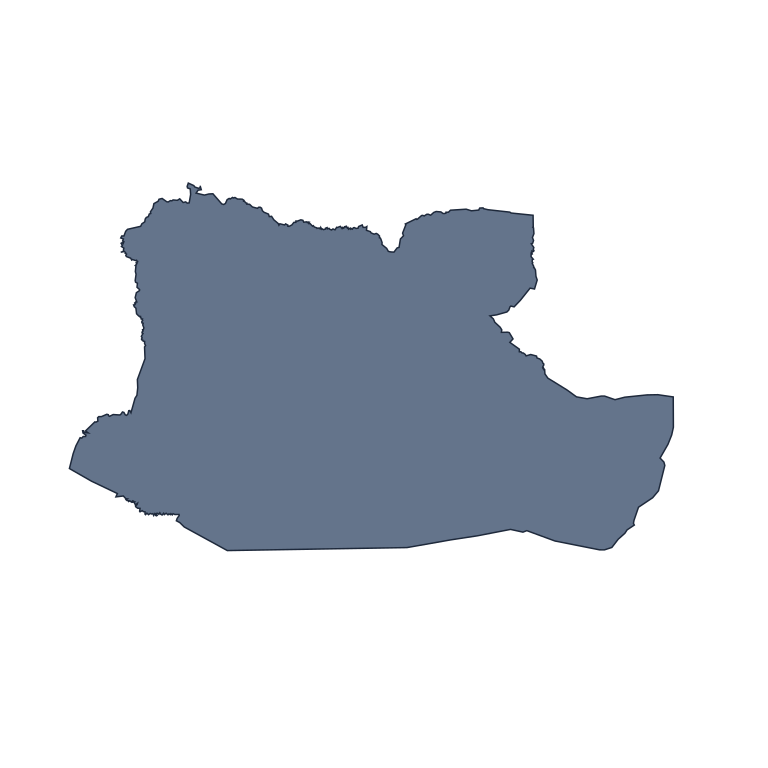 the district of Nueva Ecija, Nueva Ecija, Philippines, rotated 106°
{"feature_id": "2640588B46982966730152", "entity_name": "Nueva Ecija", "entity_type": "district", "adm_level": 2, "iso_a3": "PHL", "parent_name": "Philippines", "parent_adm1": "Nueva Ecija", "projection": "robinson", "projection_center": [120.823, 15.657], "detail": "fine", "context": "isolated", "style": "filled", "palette": "slate", "viewbox_px": 768, "rotation_deg": 106, "n_neighbors": 0, "source": "geoboundaries", "source_scale": "gbopen_adm2", "svg_char_len": 6139}
<svg xmlns="http://www.w3.org/2000/svg" viewBox="0 0 768 768"><g transform="rotate(106 384 384)"><path d="M587.3,488.7L534.9,316.8L515.4,276.8L504.2,252.4L488.9,222.3L488.1,209.6L485.6,206.3L487.8,176.3L484.0,131.1L482.7,126.4L478.3,119.9L468.7,116.1L461.1,111.3L457.2,110.1L450.6,104.5L449.2,105.8L446.2,106.1L432.3,105.4L419.3,94.4L411.0,90.7L384.9,91.6L381.9,93.4L379.1,98.2L363.7,94.4L353.7,93.4L345.8,93.9L316.7,102.4L318.8,117.8L322.0,128.2L330.3,148.9L335.4,157.6L334.8,168.7L335.7,171.8L342.2,184.7L343.3,195.4L339.3,206.4L333.2,228.1L329.9,232.1L326.0,233.5L326.2,234.2L325.4,234.3L325.5,235.1L324.7,235.9L324.3,235.4L323.4,236.1L321.6,235.6L320.5,236.1L320.4,236.8L318.4,238.3L317.0,241.1L316.8,244.1L315.1,245.1L315.2,251.1L317.8,255.2L316.7,256.3L315.8,258.6L316.1,259.9L315.3,261.3L315.7,262.8L313.2,263.5L309.3,274.5L305.1,272.4L300.1,277.7L300.1,279.3L302.0,285.4L299.5,285.7L297.4,288.0L294.1,294.5L291.3,296.8L289.3,300.9L286.5,294.8L280.9,285.7L278.5,284.4L275.2,284.2L274.1,283.5L274.0,280.2L266.0,276.0L251.6,270.0L251.2,265.5L241.8,265.4L238.6,267.6L232.7,269.8L230.9,271.5L230.9,272.2L229.6,272.5L227.3,274.7L226.4,274.4L225.6,275.3L223.5,275.7L222.9,274.9L221.1,277.7L218.7,278.3L218.3,277.6L217.7,278.6L217.0,278.6L217.1,277.8L215.3,278.4L215.4,276.8L214.5,276.6L213.5,277.6L211.5,277.6L208.6,281.1L207.7,279.9L204.8,279.8L202.3,281.7L198.2,281.3L192.7,283.3L192.3,284.2L191.6,283.9L180.7,287.2L184.6,308.9L184.1,310.4L187.8,332.1L188.0,336.5L187.4,337.3L188.5,340.5L190.7,340.9L193.4,347.7L193.3,353.2L198.6,368.0L201.1,369.4L201.8,371.8L202.8,371.6L203.6,373.2L203.8,374.4L202.9,376.7L203.8,381.4L205.4,383.5L208.9,385.7L208.6,388.3L209.1,389.7L211.4,391.7L211.2,393.2L211.7,394.3L216.5,397.4L216.8,398.1L216.3,398.7L224.3,407.6L224.8,406.9L233.9,407.7L236.1,406.1L240.1,408.2L248.5,407.2L249.6,408.9L254.5,410.8L255.2,414.0L255.3,416.4L252.9,418.8L250.5,424.4L248.6,424.8L245.9,426.7L244.7,427.7L244.7,428.7L243.0,429.1L241.7,431.4L241.4,433.0L242.7,434.8L242.3,438.1L241.3,439.1L241.1,443.2L237.4,443.9L238.5,444.9L239.2,447.2L237.1,448.8L239.6,451.8L241.4,451.9L242.2,453.8L241.8,455.5L242.2,456.5L244.5,457.3L243.9,457.4L243.4,458.9L244.3,458.9L243.9,459.8L244.9,460.7L244.2,460.9L244.3,461.7L243.5,461.8L243.9,462.7L242.7,463.6L243.4,464.8L243.9,464.0L243.8,465.1L245.0,465.6L244.8,466.9L245.3,467.1L245.7,466.4L246.2,467.1L244.5,469.4L246.4,471.9L246.4,472.7L249.3,473.6L249.0,475.8L250.4,476.9L250.2,478.8L249.5,479.7L250.4,481.1L249.3,481.8L250.4,483.2L251.2,482.9L252.3,484.7L251.9,486.0L252.4,486.4L251.0,487.9L252.2,487.8L251.8,488.7L252.4,488.9L252.2,490.3L252.9,491.3L252.4,491.8L252.3,494.2L251.3,495.6L252.0,496.2L250.1,499.4L250.6,500.4L249.9,501.0L249.1,500.6L249.2,501.8L250.0,502.3L249.5,503.2L250.6,505.7L249.0,507.1L249.1,509.2L251.3,512.2L251.6,513.6L252.9,513.3L253.5,515.2L256.5,516.4L258.7,518.8L258.8,520.0L257.8,520.1L257.2,522.7L258.5,523.4L258.7,528.3L260.3,528.8L258.9,529.9L256.5,535.2L253.8,538.3L254.7,540.4L252.5,541.9L252.0,546.6L251.0,548.6L248.7,550.2L248.2,551.8L248.7,553.3L250.0,554.0L250.1,559.3L248.3,562.7L248.9,565.5L248.0,565.6L247.9,567.0L246.6,568.7L246.9,569.3L246.0,569.4L245.4,571.3L246.6,575.8L245.8,578.7L246.7,580.0L246.4,581.0L248.5,582.8L248.3,584.0L250.0,585.6L254.2,586.2L255.6,587.5L255.6,589.6L248.3,600.9L249.6,604.7L251.9,608.7L252.3,617.2L249.0,616.2L247.6,613.2L244.1,615.4L245.7,614.6L247.0,616.2L246.8,620.1L245.7,621.5L244.8,627.5L248.3,627.7L249.7,626.9L249.9,624.0L255.2,622.1L263.6,621.2L264.4,623.0L263.6,624.8L264.9,627.1L262.3,631.4L264.4,633.3L265.2,637.5L266.4,638.4L266.6,639.9L268.5,641.6L268.7,643.1L266.8,648.4L268.4,651.2L270.6,651.5L274.0,654.9L278.6,654.6L282.9,656.0L284.4,655.2L285.3,656.5L288.1,656.7L289.4,658.4L291.2,659.0L294.1,658.7L296.7,660.9L299.5,661.4L306.0,673.2L308.4,674.4L313.4,674.8L314.0,676.9L316.2,677.3L316.4,674.5L318.5,674.7L318.8,673.3L320.8,673.4L320.2,674.5L321.2,675.5L322.8,673.7L324.2,674.3L325.1,671.5L327.3,671.4L328.1,670.5L329.9,673.4L328.2,670.1L328.9,668.7L329.6,668.9L330.1,667.3L331.7,667.6L332.5,666.7L332.9,662.2L334.4,660.7L333.7,660.2L333.8,656.3L333.3,655.9L334.2,655.1L333.9,654.1L334.8,655.0L335.9,654.8L335.9,655.5L337.0,654.9L338.5,655.6L338.4,655.1L344.5,654.0L346.8,652.6L353.1,651.7L354.6,650.9L355.1,648.8L359.1,648.1L360.6,645.0L361.6,644.8L364.5,647.2L369.6,647.0L373.2,644.3L373.5,645.2L374.4,645.1L374.2,645.6L374.9,646.0L375.7,645.1L376.5,645.4L377.0,646.5L378.5,645.4L379.5,643.4L384.7,641.2L386.3,638.4L386.2,636.8L386.8,637.0L387.3,635.9L388.4,635.4L388.1,634.1L389.0,634.1L389.4,633.5L391.0,634.0L392.0,633.5L392.0,632.2L393.7,632.2L396.2,630.3L398.2,630.3L398.4,631.0L399.9,630.3L400.7,630.9L401.6,630.7L401.9,629.6L405.1,630.4L406.3,629.2L407.7,629.5L408.4,628.9L408.3,628.0L409.1,627.5L409.1,625.8L411.1,625.3L412.8,623.8L414.4,624.4L425.5,620.7L447.7,622.3L455.5,619.7L463.0,618.4L466.3,619.4L481.4,619.3L479.6,621.1L480.0,622.0L483.4,621.9L485.1,622.8L485.0,624.2L483.0,626.2L483.0,627.7L486.1,628.8L486.7,629.8L488.0,635.9L490.7,638.9L490.4,640.0L489.5,640.5L489.5,642.1L493.2,646.6L494.0,649.2L495.4,650.0L498.6,648.8L500.1,650.4L500.1,651.5L511.4,658.0L512.5,654.9L513.2,658.9L511.8,660.0L512.0,660.8L514.1,659.8L515.3,656.4L516.7,656.4L517.4,658.7L519.3,659.6L519.4,661.3L528.3,663.1L536.6,663.6L552.0,663.1L558.1,638.2L562.8,610.1L566.4,610.6L563.5,603.7L565.4,600.6L565.2,599.1L566.3,600.1L566.9,598.7L566.5,597.2L567.2,597.0L566.4,596.0L567.1,594.4L565.5,593.3L565.7,592.5L566.8,592.8L566.1,591.2L566.9,591.4L568.7,589.6L566.7,588.1L568.0,588.1L569.6,589.3L570.4,588.9L571.3,586.6L570.8,584.2L573.6,583.9L574.1,583.3L572.4,581.5L573.0,580.2L572.8,578.4L574.9,577.9L575.3,577.2L573.5,576.3L574.5,574.3L572.9,573.1L573.0,571.5L572.3,570.5L573.9,569.1L571.6,568.6L571.7,567.9L573.3,567.2L573.4,566.3L572.8,565.8L571.8,567.1L571.1,567.0L570.7,565.9L571.3,564.5L569.6,564.0L570.7,562.9L571.1,561.2L569.0,560.2L570.1,559.2L568.3,557.8L569.3,555.6L568.1,554.9L568.5,553.4L567.4,553.1L568.2,551.5L566.8,551.0L567.1,549.1L565.9,545.1L566.8,544.6L570.2,545.8L572.7,545.9L573.5,542.1L576.5,536.6L587.3,488.7Z" fill="#64748b" stroke="#1e293b" stroke-width="1.5"/></g></svg>